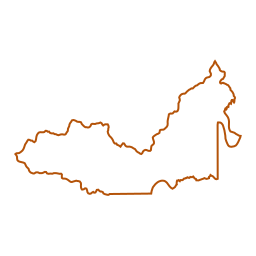 Tonantins, Amazonas, Brazil
{"feature_id": "56859067B7727099181602", "entity_name": "Tonantins", "entity_type": "district", "adm_level": 2, "iso_a3": "BRA", "parent_name": "Brazil", "parent_adm1": "Amazonas", "projection": "natural_earth1", "projection_center": [-67.705, -2.576], "detail": "fine", "context": "isolated", "style": "outline", "palette": "amber", "viewbox_px": 256, "rotation_deg": 0, "n_neighbors": 0, "source": "geoboundaries", "source_scale": "gbopen_adm2", "svg_char_len": 5879}
<svg xmlns="http://www.w3.org/2000/svg" viewBox="0 0 256 256"><path d="M215.0,61.2L214.3,62.2L213.9,63.7L213.2,65.0L211.4,67.2L210.6,68.4L210.1,69.4L209.9,70.0L209.7,71.2L210.9,73.7L210.9,75.2L210.3,76.2L209.3,77.0L206.8,77.6L205.8,78.2L204.9,79.3L204.4,80.5L203.9,81.6L203.0,83.0L200.5,83.1L199.2,83.7L198.2,84.4L197.2,85.3L195.8,85.7L194.7,86.5L193.7,87.5L192.7,88.5L191.4,88.4L190.3,89.2L189.2,89.7L188.2,90.5L186.8,91.7L185.9,92.8L184.7,93.7L183.3,93.7L181.7,94.2L180.8,94.9L179.6,96.4L179.2,97.6L179.7,99.0L179.8,100.5L178.4,103.6L178.5,104.8L178.4,108.3L178.2,109.6L177.4,111.2L176.0,111.7L174.5,111.4L172.7,113.4L171.6,113.6L170.3,113.5L168.9,114.3L168.7,115.8L168.0,119.0L167.7,120.6L167.6,121.9L167.7,123.8L167.5,125.5L166.7,126.9L164.6,128.9L163.6,129.6L160.9,129.8L159.9,130.3L159.7,131.6L159.4,132.9L158.0,133.8L156.8,134.2L155.5,135.0L153.6,136.4L152.8,137.4L153.0,138.8L153.9,141.5L154.0,143.1L153.4,144.3L152.3,145.1L151.4,146.1L151.1,148.2L150.9,150.1L150.1,150.9L148.9,150.9L147.8,150.6L146.5,150.0L145.2,149.9L143.9,150.6L143.0,151.5L142.3,153.1L141.3,154.0L140.2,153.7L139.2,152.9L138.0,152.3L136.6,151.3L135.7,150.0L134.9,149.0L133.6,148.4L132.1,147.4L130.8,146.9L129.3,146.6L127.8,146.7L126.5,146.5L125.5,145.8L124.1,143.5L123.0,143.3L122.3,144.2L121.3,145.4L120.5,146.7L119.6,146.0L118.5,145.3L117.1,144.8L116.4,143.5L115.0,143.6L113.9,142.6L112.7,139.8L111.8,138.4L110.8,137.2L109.7,136.2L108.9,135.0L108.1,133.4L107.7,131.5L108.2,130.3L108.3,128.5L108.7,127.2L108.4,125.6L107.7,124.3L105.3,124.3L104.2,124.7L103.2,125.5L102.3,124.5L101.6,123.2L100.4,122.5L99.3,123.0L98.2,123.3L96.7,123.4L95.1,124.0L92.2,123.8L91.2,124.4L90.6,125.8L89.8,126.8L88.8,127.4L87.7,127.5L86.6,127.2L85.4,127.2L84.4,126.6L83.3,125.6L81.8,124.0L81.0,122.3L79.7,121.9L78.5,121.9L77.0,121.6L76.0,120.9L74.6,120.3L73.3,120.0L71.9,120.4L71.2,121.7L70.2,123.0L69.5,124.4L69.2,126.2L68.6,127.4L68.0,128.7L67.9,130.1L67.6,131.3L66.6,132.5L65.9,133.9L64.9,134.6L63.8,134.6L62.4,134.3L60.9,134.4L58.4,135.2L57.1,134.8L55.9,134.2L54.5,134.1L53.4,133.3L52.2,133.4L51.1,133.3L49.8,132.7L49.1,131.6L47.7,131.7L46.8,130.9L45.6,130.8L44.3,132.0L43.2,132.3L40.1,132.2L38.8,132.6L37.9,133.5L36.9,135.1L36.4,136.8L36.0,139.5L35.5,141.2L34.3,142.2L33.2,141.6L32.1,140.6L30.8,140.6L29.7,139.9L28.3,139.7L27.4,140.8L26.5,142.4L25.1,144.5L24.0,147.8L23.3,149.3L22.5,150.5L21.6,151.3L20.5,152.2L19.0,153.1L16.4,153.3L15.4,154.1L16.5,155.5L17.0,156.7L17.1,158.5L17.3,159.9L18.3,161.1L19.7,161.7L23.4,162.6L24.7,163.2L25.5,164.7L26.0,165.9L26.9,167.2L27.8,168.0L28.6,168.9L29.0,170.4L29.7,171.6L30.8,172.6L33.2,173.5L34.4,173.4L35.7,172.5L37.0,172.3L38.3,172.5L39.4,173.1L40.4,173.1L42.0,173.1L43.0,172.8L44.8,171.9L46.1,172.0L47.0,173.4L48.5,173.8L50.1,173.6L52.5,173.7L53.9,173.1L54.8,173.1L56.6,173.2L59.5,173.8L61.1,173.7L61.9,174.5L61.8,176.5L61.9,177.9L63.0,178.6L64.6,178.6L65.9,178.8L67.0,179.3L68.4,180.2L69.6,181.2L70.8,181.9L71.9,182.0L73.7,181.4L76.2,180.7L77.3,181.0L78.4,181.1L79.8,181.5L80.9,183.1L81.0,184.4L80.9,185.7L81.0,187.3L81.4,188.7L82.1,189.6L83.7,189.3L85.1,188.3L86.4,188.6L87.1,190.3L87.4,192.0L88.2,193.3L89.6,193.8L90.8,193.6L92.0,192.6L93.2,191.9L94.1,192.7L95.4,192.5L96.2,191.2L96.8,189.9L98.3,189.7L99.1,190.6L100.3,191.5L101.4,191.5L102.8,192.1L103.4,193.4L104.7,194.1L107.4,194.8L108.6,194.8L109.7,194.0L151.2,193.6L151.6,191.1L152.4,188.6L152.9,187.3L153.8,186.1L155.4,184.1L157.5,182.3L158.9,181.5L160.6,180.9L161.7,180.7L163.1,180.7L164.4,180.9L165.5,181.5L166.9,182.7L169.6,186.4L171.0,187.8L172.5,188.7L174.1,187.7L175.0,187.0L175.7,185.8L176.3,184.8L176.8,184.5L176.6,183.6L176.7,183.1L176.7,182.4L176.9,181.1L177.1,180.6L177.7,180.7L178.0,180.4L178.6,180.1L179.0,180.5L179.4,180.9L179.8,181.2L180.3,180.2L180.8,180.0L182.1,180.2L182.5,180.0L183.0,179.8L183.8,178.7L184.9,178.6L185.4,178.1L186.1,178.2L186.8,177.8L187.3,177.3L187.8,177.6L188.3,177.6L188.9,177.9L189.4,177.9L189.8,177.5L190.3,176.9L192.1,177.2L193.2,176.5L194.0,177.5L194.6,178.5L195.9,178.9L196.3,180.3L198.6,180.4L199.8,179.9L201.0,179.5L202.0,179.1L203.3,178.7L204.4,178.1L205.5,178.6L206.6,178.9L209.0,178.2L209.0,176.9L210.0,176.2L210.5,175.0L211.6,175.8L212.7,176.2L213.6,177.1L214.5,178.1L215.5,179.0L216.6,179.2L217.7,178.8L217.6,124.9L217.9,122.5L218.7,122.4L220.4,122.6L221.4,123.2L222.4,124.4L222.8,125.0L223.4,126.8L224.4,130.2L225.3,135.6L225.5,138.7L226.4,141.5L227.4,143.8L228.1,145.2L228.7,145.9L229.1,146.2L230.0,146.6L231.4,146.8L232.0,146.7L234.1,146.3L235.8,145.5L236.2,145.1L237.2,143.8L238.3,141.8L240.3,137.3L240.6,135.9L239.6,135.8L238.5,135.4L237.7,134.8L237.0,134.5L235.9,133.9L234.5,132.8L232.2,132.0L230.5,131.5L230.1,130.9L229.5,129.7L229.1,128.4L228.9,126.5L229.0,122.2L229.0,121.3L228.7,119.4L228.1,117.7L227.8,117.1L226.7,115.5L224.8,113.1L224.7,112.7L224.6,112.1L224.2,111.7L224.3,111.1L224.8,110.4L225.2,108.9L225.5,108.3L226.0,108.3L226.0,108.9L226.3,109.3L226.7,108.8L226.8,108.1L226.6,107.5L226.8,107.1L227.9,106.7L228.4,106.9L228.5,106.4L228.3,105.8L228.5,105.2L228.9,104.5L229.3,103.4L229.7,103.1L230.2,103.1L230.5,103.5L231.0,103.8L231.1,103.4L231.0,102.6L231.2,102.0L231.4,100.7L231.8,100.0L232.3,99.9L233.3,100.3L233.4,101.0L233.3,101.7L234.0,102.5L234.3,102.0L234.5,99.8L234.5,99.0L234.9,98.4L235.0,97.9L234.7,97.0L234.3,96.5L233.8,96.0L233.6,94.4L233.4,93.8L232.5,92.1L231.3,90.7L230.6,90.1L230.4,89.4L230.4,88.8L230.3,88.2L229.9,87.7L229.2,86.7L228.3,85.4L227.8,85.0L226.8,84.7L226.4,84.3L225.3,83.8L224.9,83.6L224.1,83.2L223.5,83.2L223.0,82.8L222.2,83.0L221.7,83.1L221.2,83.5L220.5,83.3L220.2,82.9L220.0,82.3L220.1,81.7L220.4,81.1L221.6,79.5L222.2,79.2L222.9,79.0L223.3,78.6L223.8,77.4L224.6,76.4L224.8,75.0L224.7,74.1L224.8,73.4L224.8,72.8L224.6,72.3L224.2,71.8L223.6,71.6L222.4,71.6L222.0,71.5L220.6,70.8L219.8,69.9L219.6,68.6L218.9,67.5L218.2,66.3L217.4,65.2L216.6,64.3L216.2,63.1L215.0,61.2Z" fill="none" stroke="#b45309" stroke-width="2"/></svg>